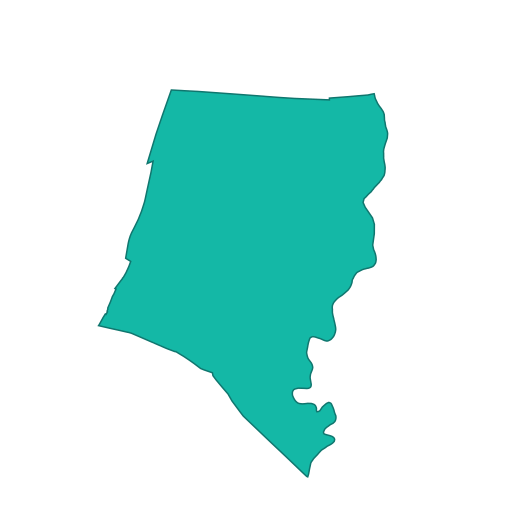 the district of Oancea, Galati, Romania, rotated 19°
{"feature_id": "2599482B31797489837867", "entity_name": "Oancea", "entity_type": "district", "adm_level": 2, "iso_a3": "ROU", "parent_name": "Romania", "parent_adm1": "Galati", "projection": "orthographic", "projection_center": [28.103, 45.914], "detail": "fine", "context": "isolated", "style": "filled", "palette": "teal", "viewbox_px": 512, "rotation_deg": 19, "n_neighbors": 0, "source": "geoboundaries", "source_scale": "gbopen_adm2", "svg_char_len": 4966}
<svg xmlns="http://www.w3.org/2000/svg" viewBox="0 0 512 512"><g transform="rotate(19 256 256)"><path d="M376.8,448.0L376.8,447.3L376.7,445.0L376.4,442.9L375.9,439.7L375.5,436.3L375.2,434.0L375.3,433.0L376.5,428.7L377.4,426.7L378.8,423.7L379.6,421.6L380.9,418.6L381.5,417.7L382.8,416.1L384.2,414.3L384.8,413.3L385.4,412.5L386.5,411.4L388.0,409.8L389.3,408.0L390.3,405.9L390.2,404.5L390.1,403.9L389.4,402.9L388.4,402.3L387.4,402.0L386.4,401.8L385.2,401.8L384.1,401.8L381.7,402.0L379.6,402.1L378.5,402.1L377.6,401.5L377.1,400.4L377.3,398.2L377.5,397.0L378.5,395.1L379.8,393.3L381.0,391.5L381.7,390.7L383.3,389.1L383.8,388.1L384.3,387.2L384.6,386.1L384.6,385.0L384.5,383.9L384.2,382.7L383.8,381.7L383.3,380.8L382.5,380.0L381.1,378.3L379.9,376.4L378.5,374.6L377.0,373.0L375.5,371.4L374.5,370.8L372.9,370.7L372.4,370.8L370.7,372.4L370.1,373.3L367.9,377.2L366.8,381.4L366.1,382.3L365.2,383.0L364.2,383.4L363.4,382.4L362.7,380.2L362.0,379.3L361.2,378.4L360.1,377.7L359.0,377.4L357.8,377.4L356.5,377.4L355.4,377.7L354.3,378.1L353.1,378.4L350.0,379.9L347.8,380.8L345.5,381.3L344.3,381.4L343.1,381.3L342.0,380.9L340.9,380.4L339.9,379.8L338.1,378.3L336.4,376.5L335.8,375.7L335.3,374.6L334.9,373.4L334.7,372.2L335.1,370.2L336.2,369.0L338.2,367.7L339.2,367.1L342.5,366.1L344.8,365.4L347.0,364.8L348.0,364.4L349.0,363.8L350.0,362.7L350.4,361.7L350.3,360.5L350.0,359.4L349.4,358.3L348.3,356.3L347.2,354.3L346.7,353.2L346.4,352.0L346.0,349.7L346.1,347.4L346.2,345.0L346.1,343.9L345.9,342.8L345.3,341.7L344.6,340.7L343.9,339.9L342.9,339.0L341.0,337.7L339.3,336.5L338.3,335.6L336.9,333.7L335.7,331.7L335.2,330.6L335.0,329.5L334.8,328.0L334.5,325.6L334.1,323.3L333.8,320.9L333.7,318.5L333.7,316.2L334.3,315.2L335.1,314.3L336.1,313.7L338.3,313.3L339.7,313.3L341.1,313.3L343.3,313.2L345.2,313.3L347.0,313.5L348.7,313.6L350.5,313.4L351.5,313.0L352.3,312.3L353.3,311.3L354.0,310.5L354.6,309.3L355.5,307.0L355.7,305.8L355.8,304.7L355.8,302.2L355.6,301.0L355.4,299.8L355.0,298.7L354.5,297.6L353.9,296.5L352.1,293.5L350.3,290.7L349.7,289.6L349.0,288.6L347.8,286.7L346.7,284.7L345.9,282.5L345.6,281.5L345.0,280.3L344.4,278.1L344.4,276.9L344.5,275.7L344.7,274.5L345.5,272.4L346.5,270.2L347.6,268.3L349.1,266.4L349.9,265.4L350.5,264.5L351.7,262.5L352.9,260.4L354.1,258.3L354.5,257.1L355.1,254.9L355.3,253.6L355.4,252.3L355.4,251.2L355.4,250.0L355.2,248.9L354.9,247.7L354.9,246.6L355.2,245.3L355.3,244.2L355.4,243.1L355.9,241.4L356.6,239.1L357.3,238.1L358.2,237.2L359.7,235.6L361.0,234.3L362.4,233.2L363.4,232.6L364.3,232.0L365.1,231.4L365.8,231.1L366.7,230.5L368.8,228.9L369.9,227.8L370.4,226.9L370.8,225.7L371.1,224.6L371.3,223.6L371.2,222.4L370.8,220.3L370.4,219.4L369.8,218.0L369.0,216.5L368.0,215.0L366.5,213.1L365.7,212.3L365.1,211.6L362.8,207.7L360.6,196.4L357.6,187.5L353.7,182.0L343.4,174.4L339.8,170.5L339.5,166.5L340.6,164.6L341.3,163.0L342.1,161.1L343.2,159.1L344.0,157.7L344.5,155.9L345.1,154.6L345.6,152.8L346.2,151.5L346.9,150.0L347.7,148.2L348.6,146.4L349.1,144.6L349.8,143.1L350.1,141.3L350.7,139.1L350.9,138.0L350.7,135.8L350.5,134.6L350.1,133.2L349.8,131.9L349.3,130.3L348.7,129.0L348.1,127.8L347.4,126.6L346.5,125.1L345.6,123.4L344.8,121.9L344.3,120.3L343.8,119.0L343.3,117.5L342.6,115.9L342.3,114.7L342.0,113.3L341.9,111.7L341.8,110.0L341.7,108.1L341.7,106.4L341.7,103.9L341.7,101.7L341.3,100.1L340.9,98.5L340.6,97.4L340.0,96.2L339.3,95.1L338.2,93.6L337.3,92.5L336.4,91.4L336.0,90.5L335.2,89.1L334.7,88.0L333.3,85.8L332.5,83.7L331.7,81.8L331.3,80.8L331.1,80.4L330.4,79.5L329.7,78.6L328.9,77.8L327.6,76.8L326.6,76.0L325.3,75.1L323.6,74.0L322.5,73.1L321.2,72.1L320.3,71.1L319.0,69.8L317.8,68.6L316.7,67.1L315.8,65.5L315.2,64.6L314.9,64.1L312.2,65.6L309.5,67.3L299.5,71.7L291.9,75.1L274.0,82.8L274.6,84.5L255.2,90.3L241.1,94.5L226.5,98.5L212.4,102.2L211.5,102.4L184.5,109.5L147.6,119.3L134.7,123.0L131.8,123.8L121.9,126.6L121.8,140.0L121.7,153.3L121.8,173.4L122.4,188.7L123.0,204.0L127.8,199.8L129.5,211.2L131.4,227.6L132.7,238.3L133.0,241.4L133.1,245.5L133.2,251.0L133.0,255.1L132.8,259.5L132.5,262.1L132.3,263.6L131.7,268.4L130.8,274.6L130.6,277.6L130.6,279.5L130.7,282.0L130.9,284.3L131.2,286.5L133.5,300.6L139.3,301.9L139.3,302.8L139.2,307.1L138.9,310.6L138.7,312.1L138.6,313.7L138.1,316.4L137.6,319.1L137.0,320.5L137.0,321.2L136.2,323.4L133.2,332.7L134.4,332.8L134.0,338.1L133.4,341.1L133.4,342.1L133.3,346.7L132.8,353.4L133.3,354.8L133.1,355.7L133.4,357.4L133.7,357.4L133.2,360.1L132.4,359.9L131.4,364.3L131.2,365.7L131.1,366.2L130.3,370.8L130.1,371.9L129.8,373.1L131.7,372.9L135.6,372.5L143.2,371.7L150.0,370.9L158.5,370.0L160.8,369.7L163.3,369.6L164.9,369.7L201.0,372.5L202.9,372.6L210.4,372.8L211.1,372.7L211.4,372.4L212.3,372.7L214.9,373.3L220.5,374.5L227.3,376.3L231.0,377.4L232.1,377.7L240.3,380.4L244.2,380.6L252.8,380.6L254.3,383.2L258.7,386.2L267.3,391.4L270.9,393.5L274.5,395.6L280.5,400.9L291.9,408.7L296.1,411.5L315.9,420.6L331.4,427.7L350.2,436.2L369.7,445.2L373.9,447.1L375.7,447.9L376.8,448.0Z" fill="#14b8a6" stroke="#0f766e" stroke-width="1.5"/></g></svg>